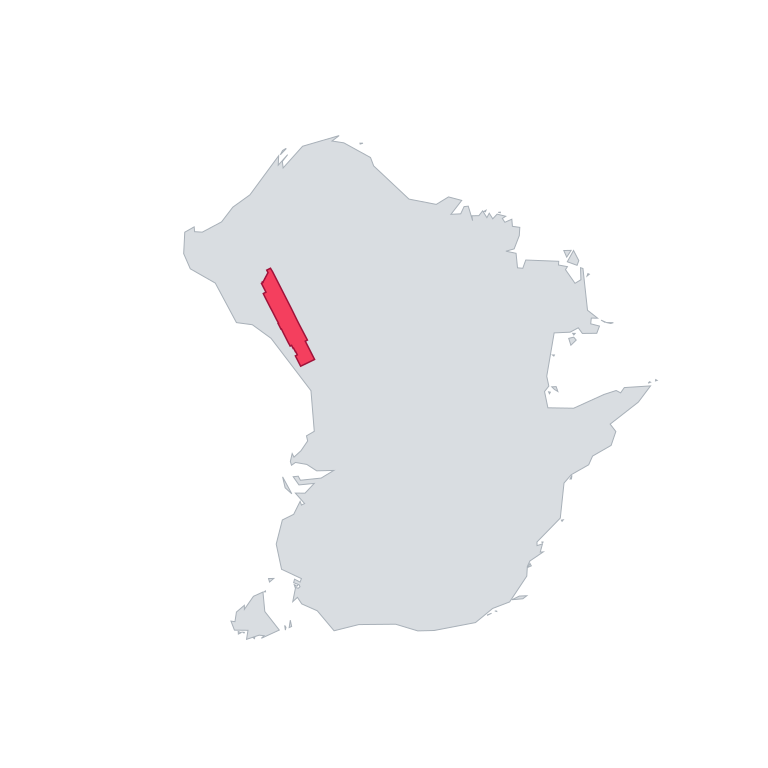 location of Kalgoorlie-Boulder, Western Australia, Australia, rotated 63°
{"feature_id": "25037944B94303413523862", "entity_name": "Kalgoorlie-Boulder", "entity_type": "district", "adm_level": 2, "iso_a3": "AUS", "parent_name": "Australia", "parent_adm1": "Western Australia", "projection": "robinson", "projection_center": [123.082, -30.776], "detail": "fine", "context": "in_parent", "style": "filled", "palette": "rose", "viewbox_px": 768, "rotation_deg": 63, "n_neighbors": 0, "source": "geoboundaries", "source_scale": "gbopen_adm2", "svg_char_len": 5306}
<svg xmlns="http://www.w3.org/2000/svg" viewBox="0 0 768 768"><g transform="rotate(63 384 384)"><path d="M515.6,165.6L522.4,200.7L531.6,199.0L541.8,209.5L542.9,230.9L548.9,238.3L549.8,258.3L554.0,268.6L583.5,287.8L594.2,319.4L597.5,321.0L598.4,315.4L604.7,321.1L605.9,318.3L607.9,334.3L611.6,339.1L620.0,344.0L635.2,371.0L633.3,389.1L638.1,410.8L626.4,451.2L619.3,466.0L603.3,482.7L586.9,515.7L581.2,540.5L555.8,546.4L542.6,557.1L534.8,558.0L536.5,564.1L525.2,555.2L527.1,553.1L526.5,550.9L524.3,550.8L520.0,554.7L517.3,552.3L522.4,548.7L519.9,545.9L502.6,559.4L477.7,552.7L459.0,536.3L459.1,523.6L450.5,512.0L454.4,512.5L454.5,509.0L441.0,512.5L445.4,503.9L440.9,491.3L435.3,505.6L425.4,507.0L427.2,502.3L431.8,502.2L439.3,482.7L438.2,468.0L430.8,483.4L420.6,489.3L413.7,498.5L414.4,503.3L410.5,502.6L404.3,497.4L408.3,497.4L405.8,488.3L400.1,477.9L395.0,476.6L394.5,467.6L356.8,452.1L292.0,463.9L271.4,474.4L262.3,487.6L217.5,488.5L193.4,504.3L176.9,503.3L158.3,492.6L157.8,481.8L162.3,483.6L166.2,477.0L165.8,455.1L157.8,438.4L154.6,417.6L132.8,374.2L141.0,378.9L135.9,365.7L139.5,373.5L145.7,375.8L135.2,348.6L142.3,311.2L143.9,320.0L150.9,310.3L176.1,293.2L185.0,294.2L230.6,277.8L247.7,255.9L246.6,241.6L255.7,231.4L263.2,247.3L267.2,238.4L262.3,232.1L263.8,228.2L278.7,230.9L274.0,229.3L277.1,223.1L274.5,217.5L282.5,216.8L279.6,212.7L286.2,212.1L284.0,206.1L289.8,199.4L290.2,203.4L294.8,202.9L295.2,195.3L301.8,198.0L306.1,191.9L313.2,196.1L322.7,206.7L321.0,215.1L327.5,207.0L341.1,212.3L343.9,207.8L337.9,201.4L354.0,172.6L357.2,174.5L362.7,167.3L364.5,170.4L381.0,168.1L380.5,161.2L369.6,156.1L371.4,154.3L410.7,169.2L422.3,163.8L419.4,169.4L424.2,172.5L430.2,165.7L435.4,171.4L429.0,184.3L422.1,185.4L422.3,194.7L415.7,209.2L451.0,235.5L460.7,238.1L463.6,244.4L479.6,248.8L491.7,226.0L493.2,192.7L495.2,180.1L499.3,177.2L496.3,171.5L506.7,147.4L515.6,165.6ZM514.4,586.3L532.6,593.5L555.7,589.0L554.9,608.7L553.8,605.1L551.1,609.3L549.1,622.4L541.7,617.0L535.4,629.0L525.8,628.0L528.1,624.7L520.2,619.0L517.8,608.9L521.4,610.7L513.9,596.7L514.4,586.3ZM351.1,154.5L362.5,154.4L365.9,158.1L358.3,165.2L351.1,154.5ZM420.7,516.5L440.0,516.0L431.6,519.2L420.7,516.5ZM432.1,192.8L434.3,199.9L427.2,198.7L428.4,193.7L432.1,192.8ZM634.3,367.9L634.4,359.7L637.5,352.9L638.4,357.8L634.3,367.9ZM551.9,574.7L558.1,576.4L558.0,579.1L551.9,574.7ZM349.9,156.6L353.9,163.6L346.7,163.2L349.9,156.6ZM508.5,575.9L504.9,575.2L507.2,570.5L508.5,575.9ZM469.6,232.5L466.2,234.6L462.7,235.8L464.5,231.8L469.6,232.5ZM132.7,372.3L129.9,368.4L129.6,364.7L130.0,364.5L132.7,372.3ZM556.3,581.8L558.5,583.6L554.0,582.1L556.3,581.8ZM610.3,335.4L612.9,335.3L612.7,339.0L610.3,335.4ZM550.7,258.0L553.7,260.1L553.1,261.4L550.7,258.0ZM540.7,624.1L540.7,627.3L538.4,626.3L540.7,624.1ZM637.1,392.2L637.0,396.7L636.7,396.6L637.1,392.2ZM380.0,154.1L378.2,152.2L379.4,151.2L380.0,154.1ZM433.0,154.5L430.1,158.1L433.5,151.8L433.0,154.5ZM637.9,386.8L636.5,388.3L637.5,386.7L637.9,386.8ZM436.2,220.0L434.6,220.7L435.5,219.0L436.2,220.0ZM426.5,192.6L424.5,192.9L425.7,190.7L426.5,192.6ZM159.9,293.4L159.4,296.3L158.5,296.1L159.9,293.4ZM503.4,145.7L503.2,148.2L502.5,146.4L503.4,145.7ZM524.3,552.0L524.6,553.5L524.0,553.1L524.3,552.0ZM429.4,159.1L425.6,161.6L429.5,158.5L429.4,159.1ZM284.2,202.6L282.9,204.3L283.7,202.3L284.2,202.6ZM542.3,621.8L541.1,622.4L541.9,621.2L542.3,621.8ZM467.8,241.0L465.7,240.9L466.8,239.5L467.8,241.0ZM276.6,215.5L275.6,216.5L275.5,214.2L276.6,215.5ZM552.1,615.0L550.4,615.9L551.1,614.2L552.1,615.0ZM504.8,139.0L504.5,140.7L503.4,139.9L504.8,139.0ZM523.2,554.1L524.7,555.5L522.0,555.1L523.2,554.1ZM587.2,287.7L585.8,287.8L586.4,285.9L587.2,287.7ZM597.2,315.1L596.5,315.1L597.1,313.6L597.2,315.1ZM515.4,583.9L514.8,585.1L514.5,583.6L515.4,583.9Z" fill="#d9dde1" stroke="#a8b0b8" stroke-width="1"/><path d="M330.6,434.7L315.9,434.7L310.1,434.7L310.1,432.3L293.4,432.5L288.3,432.5L274.8,432.3L274.7,432.3L262.3,432.3L257.8,432.3L256.1,432.3L253.8,432.3L251.9,432.3L250.7,432.3L249.3,432.3L248.7,432.3L247.6,432.3L243.8,432.3L241.7,432.3L241.2,432.3L240.2,432.3L238.6,432.3L236.6,432.3L234.7,432.3L234.2,432.3L233.7,432.3L233.1,432.3L230.9,432.5L229.3,432.6L229.3,433.5L229.3,436.1L229.3,436.4L229.3,436.7L229.3,436.8L230.2,436.8L230.3,436.8L230.6,436.8L231.0,436.8L231.9,436.8L232.1,436.8L232.5,437.3L232.8,437.8L233.5,438.8L234.0,439.5L234.3,439.9L235.0,441.0L235.4,441.5L235.8,442.0L235.9,442.3L236.1,442.6L236.3,442.7L237.5,444.5L237.7,444.9L237.9,445.1L237.9,445.5L237.9,445.9L237.9,446.2L238.2,446.2L238.6,446.0L238.7,446.8L238.7,447.5L238.9,447.5L239.0,447.5L239.3,447.5L239.6,447.5L239.8,447.5L240.0,447.5L240.4,447.5L240.6,447.5L240.8,447.5L241.1,447.5L241.3,447.5L242.4,447.5L243.8,447.5L245.1,447.5L246.1,447.5L246.7,447.5L247.5,447.5L248.0,447.5L248.4,447.5L248.6,447.5L248.6,450.5L252.3,450.6L254.0,450.6L256.2,450.6L260.3,450.6L261.2,450.6L262.0,450.6L262.5,450.6L263.3,450.6L263.7,450.6L268.6,450.5L270.9,450.5L274.8,450.5L277.3,450.5L281.9,450.4L281.9,450.9L288.3,450.9L288.4,450.4L293.2,450.5L296.1,450.5L300.3,450.5L303.3,450.5L304.2,450.5L306.2,450.4L307.6,450.4L307.6,448.8L311.0,448.8L311.0,448.3L311.5,448.3L312.0,448.3L315.0,448.3L315.0,448.0L316.1,448.0L317.2,448.0L318.7,448.0L318.7,450.2L330.3,450.2L330.5,441.4L330.6,434.7Z" fill="#f43f5e" stroke="#9f1239" stroke-width="1.5"/></g></svg>